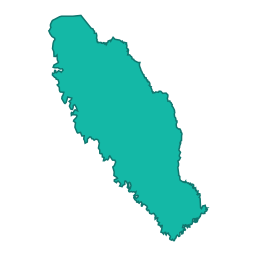 the district of Ban Khwao, Chaiyaphum, Thailand
{"feature_id": "78962969B12995220204726", "entity_name": "Ban Khwao", "entity_type": "district", "adm_level": 2, "iso_a3": "THA", "parent_name": "Thailand", "parent_adm1": "Chaiyaphum", "projection": "equal_earth", "projection_center": [101.855, 15.816], "detail": "fine", "context": "isolated", "style": "filled", "palette": "teal", "viewbox_px": 256, "rotation_deg": 0, "n_neighbors": 0, "source": "geoboundaries", "source_scale": "gbopen_adm2", "svg_char_len": 5831}
<svg xmlns="http://www.w3.org/2000/svg" viewBox="0 0 256 256"><path d="M80.9,15.4L73.0,16.2L61.7,16.2L59.7,16.7L52.7,20.3L52.0,21.1L50.5,24.4L50.4,26.0L50.9,27.4L49.6,30.0L48.8,30.8L50.2,34.0L52.0,36.5L54.7,38.2L54.9,39.8L53.8,41.0L53.1,43.4L52.5,48.6L53.8,51.7L54.0,56.4L55.6,56.5L57.0,55.1L57.3,59.8L58.4,62.2L57.9,62.9L54.0,65.0L53.1,67.3L54.9,67.8L58.0,67.7L60.2,69.0L62.3,68.8L63.1,70.1L61.2,72.3L60.1,71.3L59.3,71.3L58.8,70.6L56.3,72.7L55.7,72.4L55.6,70.6L55.0,70.3L54.5,71.1L54.6,72.7L53.6,73.4L52.6,73.2L52.4,75.0L54.5,77.2L55.8,77.8L56.1,79.1L58.0,79.7L58.9,82.2L58.8,83.8L57.2,84.9L59.3,87.3L59.4,90.1L59.8,91.3L60.3,92.0L63.8,92.3L63.0,95.2L62.1,96.5L61.8,98.7L64.4,103.1L65.0,103.5L66.1,102.5L67.8,97.0L71.8,98.1L71.3,99.6L69.1,101.4L70.6,102.9L69.4,106.1L70.5,108.5L71.1,109.3L72.5,109.4L73.1,107.6L73.3,105.4L74.7,104.7L76.2,107.0L77.5,110.8L75.1,109.8L74.0,111.1L73.2,113.1L71.7,112.4L71.2,113.1L71.4,115.4L72.4,114.7L74.5,114.8L76.6,115.1L77.0,115.8L76.4,117.4L73.9,120.0L73.5,121.1L75.5,122.7L74.9,127.2L77.1,132.5L77.6,133.0L80.5,132.4L81.9,136.0L84.2,135.8L83.7,139.1L84.5,140.4L85.1,143.2L87.3,142.0L87.5,138.9L89.8,136.9L90.9,137.1L91.8,138.8L92.9,138.8L94.1,140.2L95.6,139.3L97.0,139.3L98.4,140.3L98.8,142.1L99.4,142.9L98.4,148.1L99.7,150.0L99.8,153.3L100.3,153.7L101.7,153.6L102.3,154.9L102.3,156.9L104.1,157.5L103.4,160.7L104.4,160.7L106.2,159.3L107.7,159.9L108.8,158.2L109.2,156.4L109.8,155.9L112.5,160.1L114.9,160.3L115.7,162.0L114.3,165.7L112.8,167.0L114.2,171.9L113.9,175.5L117.1,177.6L117.5,178.4L114.3,179.9L114.3,181.3L116.5,182.7L117.3,181.4L118.2,181.0L120.6,183.5L120.6,184.2L119.6,186.0L122.1,186.7L123.0,185.2L124.8,184.3L124.8,181.6L125.1,181.0L125.8,181.1L126.8,182.3L127.9,184.9L127.3,187.4L128.6,188.6L129.1,188.2L128.6,182.9L129.4,182.3L130.3,183.0L131.0,185.6L130.2,188.7L128.6,190.4L128.9,191.5L129.7,191.9L131.4,191.5L132.4,192.0L133.9,191.7L135.1,192.3L135.9,191.8L135.4,194.0L133.9,195.6L134.9,196.2L137.6,195.3L138.2,195.7L138.2,196.7L136.5,198.3L134.6,197.2L133.8,197.2L133.8,197.8L134.9,199.7L136.5,200.7L136.6,202.0L137.2,202.3L138.4,201.5L138.5,202.6L139.1,203.2L140.3,202.0L141.4,202.0L141.9,203.3L141.3,205.0L141.5,206.1L142.1,206.1L143.2,204.2L144.4,204.3L147.0,206.2L147.4,207.7L146.5,208.3L146.4,209.3L147.4,210.6L148.4,210.0L148.9,210.3L149.7,213.3L151.5,214.0L153.4,213.3L154.2,213.6L154.4,214.4L155.9,216.0L155.0,217.1L155.1,219.2L157.1,217.7L157.8,217.9L157.1,220.2L157.3,221.2L159.4,222.8L158.3,223.9L158.2,224.8L159.9,225.4L160.8,226.9L161.2,226.7L161.3,225.5L162.2,225.5L161.7,229.4L160.9,232.1L162.4,232.7L163.6,234.1L164.4,232.4L165.6,232.4L165.6,234.0L166.2,235.0L167.1,233.4L168.3,233.1L168.9,234.6L170.4,236.3L170.4,237.1L169.7,238.1L170.0,239.4L171.6,240.1L172.5,239.3L173.4,240.6L174.3,240.6L175.2,238.5L175.9,238.0L176.4,236.1L177.4,235.1L178.8,236.5L179.6,236.2L179.9,235.6L179.9,232.6L181.6,231.6L181.8,233.9L182.9,233.5L183.5,229.7L185.0,230.3L185.4,229.8L184.3,227.9L182.5,227.6L183.2,225.1L184.9,226.8L185.3,226.4L185.1,224.9L185.8,224.7L187.4,227.6L188.4,226.3L188.3,225.7L187.7,225.2L188.3,224.9L189.1,225.5L189.3,227.0L189.8,227.1L189.8,225.3L190.3,224.2L191.5,224.4L192.2,223.7L192.7,219.3L193.9,218.6L194.8,218.8L193.9,221.8L194.9,222.1L195.6,221.7L196.1,220.6L195.8,218.6L197.2,218.2L197.3,219.0L196.3,222.1L197.2,221.8L198.2,218.6L199.0,218.1L199.5,216.8L200.1,216.7L200.9,214.0L201.6,213.2L203.0,213.6L204.8,213.4L204.7,212.1L206.7,210.8L207.2,209.6L205.9,209.5L205.9,208.9L207.2,208.0L206.4,208.0L205.5,206.8L205.2,205.3L202.7,206.0L201.5,208.7L200.6,207.9L200.1,198.7L199.7,197.4L199.3,197.3L200.1,195.7L199.8,193.8L198.7,193.7L197.9,194.9L197.1,194.5L197.8,193.3L198.0,191.3L197.1,191.9L196.6,190.4L195.7,190.6L195.6,188.2L195.1,188.7L194.6,187.5L193.9,187.4L193.4,188.3L192.7,187.8L192.6,186.9L193.4,186.4L193.7,185.1L192.7,184.2L191.7,184.3L191.6,185.2L191.0,184.9L191.0,184.1L190.5,183.3L190.2,183.5L190.3,184.5L189.5,184.4L188.7,182.9L187.8,183.2L186.1,181.9L185.5,182.3L185.5,181.3L184.7,182.3L183.8,181.7L183.3,182.1L180.3,180.3L179.8,178.8L179.8,176.4L178.6,175.2L178.8,174.6L177.8,167.2L178.5,165.7L178.6,163.8L177.9,161.1L179.4,159.8L180.5,157.6L179.4,156.6L179.3,155.2L180.5,152.3L179.0,150.3L178.9,149.5L179.7,146.9L179.5,146.2L180.6,143.5L180.7,143.0L180.0,142.9L180.9,140.8L181.5,140.6L181.6,135.6L182.0,134.0L181.4,132.2L180.9,132.2L180.8,130.5L179.8,128.9L178.7,129.1L176.6,127.4L176.2,124.7L176.4,123.3L176.9,122.6L177.0,121.0L176.1,120.9L175.6,117.9L174.6,116.8L174.3,114.1L174.8,112.1L174.4,111.4L174.5,110.3L173.0,107.2L172.0,106.1L172.2,104.4L171.4,103.8L171.2,102.8L170.1,102.0L169.8,101.0L168.0,101.2L167.3,98.2L167.8,97.0L167.9,95.0L166.1,93.1L162.7,93.3L160.8,91.3L159.1,91.2L158.5,92.3L155.5,92.0L154.9,92.7L152.8,92.9L152.6,92.2L152.9,91.7L152.1,91.4L152.0,90.1L150.8,87.1L151.1,86.7L150.0,86.3L149.9,85.5L149.4,85.2L149.9,85.0L149.8,83.2L148.6,81.4L148.0,81.9L147.2,80.9L147.4,80.0L146.5,79.7L146.1,77.8L144.6,77.7L144.6,76.8L143.7,75.7L144.0,75.0L142.7,73.8L141.5,71.0L140.9,70.6L140.9,69.6L139.5,66.0L139.4,64.0L139.9,62.5L138.1,62.5L135.3,61.1L133.9,60.1L133.8,59.4L131.9,58.7L132.0,57.6L131.5,56.6L130.6,56.2L129.7,54.9L127.7,54.8L128.2,53.4L128.1,52.1L127.4,51.4L127.9,51.3L127.8,50.5L128.3,51.1L128.5,50.1L128.0,49.0L126.6,48.0L126.9,45.8L126.6,44.3L126.2,44.1L126.5,43.7L126.5,42.9L124.1,42.3L123.5,43.0L123.0,42.5L123.4,42.2L122.2,41.8L122.1,41.1L121.3,41.5L119.7,40.1L115.0,39.3L113.1,37.3L110.7,41.2L110.3,40.2L108.1,41.1L107.9,42.3L106.4,43.0L106.7,44.0L106.3,44.6L106.1,43.7L105.5,43.9L105.1,43.2L104.6,43.8L104.0,42.7L103.4,42.7L103.4,43.2L103.0,43.4L101.5,43.2L101.4,42.6L100.5,42.4L98.0,42.7L97.6,42.4L97.8,41.9L97.1,41.6L97.3,41.1L96.8,40.4L97.1,39.5L96.5,38.4L96.8,35.6L96.3,33.3L94.4,33.2L94.5,31.2L93.6,30.6L93.0,28.9L91.2,28.3L80.9,15.4Z" fill="#14b8a6" stroke="#0f766e" stroke-width="1.5"/></svg>